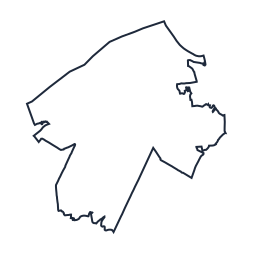 Milcov, Olt, Romania (Natural Earth projection), rotated 83°
{"feature_id": "2599482B38405500172940", "entity_name": "Milcov", "entity_type": "district", "adm_level": 2, "iso_a3": "ROU", "parent_name": "Romania", "parent_adm1": "Olt", "projection": "natural_earth1", "projection_center": [24.399, 44.373], "detail": "fine", "context": "isolated", "style": "outline", "palette": "slate", "viewbox_px": 256, "rotation_deg": 83, "n_neighbors": 0, "source": "geoboundaries", "source_scale": "gbopen_adm2", "svg_char_len": 5631}
<svg xmlns="http://www.w3.org/2000/svg" viewBox="0 0 256 256"><g transform="rotate(83 128 128)"><path d="M91.6,225.3L112.1,220.7L113.6,220.0L112.7,217.6L112.6,215.9L112.3,215.0L112.2,214.6L112.5,214.0L113.0,213.7L113.7,213.2L113.8,213.0L113.7,212.7L113.4,212.6L111.7,213.2L111.4,213.0L111.3,212.7L112.5,211.9L112.1,210.8L111.6,211.0L111.4,210.7L111.9,209.9L111.7,209.6L111.4,209.3L111.4,209.0L112.1,208.3L112.1,208.0L111.9,207.7L114.3,205.9L114.9,208.4L115.4,209.8L116.1,211.0L116.9,212.3L119.0,214.3L120.0,215.5L122.8,220.1L124.3,222.5L125.0,221.9L131.0,218.3L130.3,217.7L129.8,217.0L129.2,216.4L128.1,215.5L128.1,214.5L128.4,214.0L129.4,212.6L130.6,211.3L132.7,208.4L134.9,205.7L136.1,204.2L139.0,200.5L140.1,199.3L141.4,197.6L141.6,197.2L141.5,196.0L141.5,195.6L141.5,194.6L141.4,194.3L141.3,194.2L140.8,193.9L140.7,193.2L140.6,192.7L140.1,191.0L140.0,190.2L139.8,189.5L138.5,185.7L137.4,183.0L137.6,182.6L137.9,182.5L138.2,182.6L139.0,182.9L139.4,183.1L140.0,183.6L142.9,185.4L145.2,186.8L145.7,187.0L146.2,187.3L148.4,189.1L149.2,189.4L149.8,189.8L151.7,191.0L157.4,194.5L157.9,194.8L158.7,195.0L159.2,195.3L160.4,196.2L162.0,197.4L164.8,199.3L168.0,201.3L169.8,202.6L171.9,203.8L175.8,206.4L176.3,206.5L176.8,206.6L179.8,206.8L184.0,206.9L185.8,207.0L186.7,207.0L187.8,206.9L189.2,207.0L192.7,207.0L195.1,206.9L196.2,207.0L199.3,207.2L200.6,207.3L201.2,207.2L201.8,207.0L201.7,205.5L201.6,204.7L201.7,204.4L201.9,204.3L202.6,204.0L202.6,203.8L202.6,203.6L203.0,203.1L203.5,202.6L204.3,202.3L204.8,202.0L205.2,202.2L206.1,202.0L206.8,201.4L207.0,201.2L207.0,200.9L207.0,199.1L207.1,197.2L206.9,195.9L207.0,195.1L209.8,195.5L210.4,195.7L210.5,194.3L212.4,194.1L212.6,194.0L212.6,193.4L211.0,193.6L210.9,193.1L210.9,192.9L211.2,192.7L211.5,192.6L213.0,192.3L213.0,190.7L212.9,189.8L212.5,188.7L212.2,187.9L210.3,186.2L210.0,185.6L209.7,184.5L209.6,183.4L209.6,182.3L210.1,180.2L210.5,179.2L210.7,178.6L210.8,178.1L210.6,177.9L209.5,177.5L208.3,177.0L207.1,176.1L206.8,175.8L206.8,175.7L207.2,175.2L207.5,173.8L207.6,173.7L207.7,173.8L208.0,174.2L208.3,175.0L208.7,175.2L210.9,175.1L214.3,174.9L215.4,174.9L216.6,174.8L217.0,174.7L217.6,174.3L218.0,173.9L218.3,173.3L218.5,171.8L218.7,171.6L218.9,171.2L218.5,170.7L217.8,170.0L217.3,169.5L216.4,168.1L216.1,167.5L215.6,166.8L215.4,166.6L215.3,166.2L214.9,165.3L214.7,164.8L213.6,163.3L213.1,162.2L213.6,162.2L213.9,162.4L215.4,163.9L216.5,164.8L217.3,165.4L218.0,165.8L219.3,166.1L220.2,166.3L221.3,166.5L221.7,166.5L222.1,166.2L222.4,166.0L222.7,165.5L222.8,165.3L222.8,165.1L222.6,164.5L222.6,164.1L222.7,163.7L223.0,163.3L223.5,163.2L223.8,163.2L225.9,163.5L226.2,163.5L226.3,163.4L226.8,163.0L226.9,162.7L227.0,162.3L227.0,161.8L226.7,160.6L226.6,159.4L226.7,158.2L227.1,156.6L227.2,156.4L227.5,156.2L228.2,155.7L228.8,155.3L229.5,155.0L214.5,145.5L213.1,144.5L207.1,140.9L199.7,136.2L196.3,134.0L193.0,132.0L190.2,130.1L187.1,128.2L184.4,126.4L183.3,125.7L181.4,124.4L150.8,105.4L154.7,103.3L160.4,100.5L162.2,99.5L163.0,99.7L163.6,99.5L163.9,99.3L166.3,95.9L169.7,91.4L171.6,88.8L172.3,88.0L175.2,84.3L175.9,83.6L176.1,83.3L176.6,82.5L177.2,81.7L177.7,80.9L178.0,80.7L178.7,80.2L179.0,79.6L179.1,78.9L185.3,71.0L178.1,67.4L175.7,66.3L173.8,65.2L169.7,62.3L168.3,61.4L165.4,59.4L164.6,58.6L164.2,58.0L164.0,57.3L163.7,56.9L162.8,56.3L162.8,56.2L162.1,56.1L160.8,58.0L158.4,61.7L157.0,61.9L155.8,62.4L155.1,62.4L155.4,57.3L159.5,56.9L159.8,56.6L159.2,55.0L159.1,54.6L159.1,54.3L159.2,53.2L158.8,52.6L157.9,51.4L156.7,50.3L156.3,50.0L155.4,49.7L155.7,46.9L155.7,45.5L155.5,44.2L155.3,43.8L154.9,42.8L154.4,43.0L153.0,41.4L151.8,40.5L151.3,40.3L151.1,40.1L150.9,40.1L150.7,39.9L149.6,38.6L148.9,38.2L146.4,35.0L145.9,34.3L145.1,32.8L144.8,32.2L144.9,31.8L143.0,32.4L142.8,32.5L139.7,32.1L133.7,31.2L126.8,30.7L126.8,31.0L127.2,31.8L127.3,32.0L127.2,32.5L126.4,33.2L126.1,33.6L125.5,34.6L124.7,35.5L123.9,36.1L123.5,36.2L123.2,36.3L122.1,36.8L121.0,37.6L120.6,38.0L120.2,38.2L119.3,38.4L119.1,38.6L119.2,38.8L119.3,39.0L120.0,39.3L120.6,39.9L120.8,40.2L120.9,40.5L121.5,40.8L121.8,41.1L122.3,41.6L122.4,41.8L122.0,41.9L121.7,41.9L121.4,41.7L120.4,41.0L119.0,39.8L118.3,39.4L116.8,39.6L116.4,39.8L116.1,40.0L115.9,40.3L115.9,40.5L116.0,40.7L116.2,41.0L117.7,42.0L118.2,42.7L117.9,43.6L117.8,43.9L117.6,44.1L117.4,44.3L116.8,44.4L116.6,44.4L116.0,44.1L115.5,43.9L115.2,45.4L114.3,45.5L114.6,45.8L114.7,46.1L114.6,46.3L114.3,46.9L113.9,47.3L113.9,47.5L113.9,47.9L114.1,48.3L114.4,48.6L114.6,49.0L115.0,50.0L115.4,50.6L115.8,51.3L115.9,51.7L115.8,52.0L115.3,53.1L114.8,54.8L114.5,55.7L114.3,56.5L114.2,57.8L114.3,58.8L114.2,61.5L110.0,61.3L107.7,61.6L107.7,62.6L104.0,62.6L102.3,62.0L101.4,60.9L99.6,61.8L95.3,62.3L95.2,62.7L98.1,62.7L98.6,63.4L98.7,64.2L95.0,64.5L94.7,65.1L94.8,65.4L97.4,65.2L98.0,67.1L99.4,67.1L100.2,67.6L100.8,67.9L101.0,68.4L100.9,68.8L100.3,69.4L100.1,70.5L100.3,72.1L100.0,72.2L97.4,72.4L96.2,73.2L95.4,73.8L94.7,74.1L93.2,74.3L91.6,74.2L90.5,73.9L90.6,71.7L90.2,69.6L90.4,68.7L90.5,68.1L90.7,66.8L90.6,64.8L90.9,60.9L90.5,54.2L90.1,54.2L89.9,54.1L82.4,55.3L80.6,55.4L80.5,55.6L77.3,56.8L76.8,57.1L76.0,57.9L74.1,60.0L73.8,60.8L68.2,60.3L68.0,60.1L68.1,58.2L69.7,55.7L70.4,54.9L72.2,48.5L72.8,47.4L73.1,45.8L74.7,45.4L75.3,44.2L74.7,43.5L72.9,43.9L73.1,43.4L70.6,43.5L68.0,43.8L65.3,44.2L65.6,46.3L65.6,47.5L65.5,48.4L65.4,49.1L64.6,51.5L64.0,52.5L63.4,53.4L62.7,54.1L62.2,54.9L59.2,59.0L57.4,61.2L55.8,63.0L53.7,64.9L51.8,66.5L47.4,69.2L42.9,71.4L37.0,74.6L31.0,77.9L26.5,79.2L27.9,86.0L30.9,101.0L33.3,109.5L36.4,122.9L40.3,135.8L52.5,154.2L59.9,163.5L65.0,179.0L77.8,200.8L90.0,220.1L91.6,225.3Z" fill="none" stroke="#1e293b" stroke-width="2"/></g></svg>